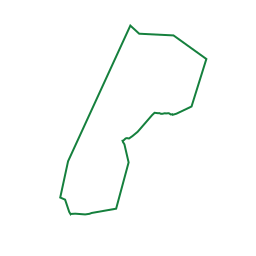 Saint James, Mercator projection, rotated 28°
{"feature_id": "BRB-1992", "entity_name": "Saint James", "entity_type": "Parish", "adm_level": 1, "iso_a3": "BRB", "parent_name": "Barbados", "parent_adm1": "", "projection": "mercator", "projection_center": [-59.619, 13.191], "detail": "fine", "context": "isolated", "style": "outline", "palette": "green", "viewbox_px": 256, "rotation_deg": 28, "n_neighbors": 0, "source": "natural_earth", "source_scale": "10m", "svg_char_len": 820}
<svg xmlns="http://www.w3.org/2000/svg" viewBox="0 0 256 256"><g transform="rotate(28 128 128)"><path d="M100.8,221.2L90.7,185.5L82.0,36.5L93.6,39.5L124.7,24.9L164.8,30.3L174.0,79.2L164.0,92.7L161.3,95.3L161.0,95.1L160.7,95.0L160.1,95.5L159.6,95.9L159.3,96.0L158.7,95.9L158.0,95.8L157.3,95.8L156.9,95.9L156.4,96.2L155.2,97.0L154.9,97.2L154.3,97.5L154.0,97.6L153.7,97.6L151.7,99.3L151.0,99.7L150.6,99.9L150.3,99.9L150.0,100.1L149.3,100.1L148.9,100.1L148.6,100.2L147.7,100.8L144.3,102.1L143.2,105.4L138.3,126.8L135.7,133.1L133.8,136.8L131.9,137.4L131.2,137.9L130.7,138.6L130.1,140.4L129.7,141.4L129.2,141.8L130.1,142.7L132.5,144.1L144.7,158.1L155.4,204.8L135.8,220.1L134.2,221.9L130.8,224.4L121.7,228.4L117.9,230.7L117.8,231.1L115.5,229.7L106.1,220.8L100.8,221.2Z" fill="none" stroke="#15803d" stroke-width="2"/></g></svg>